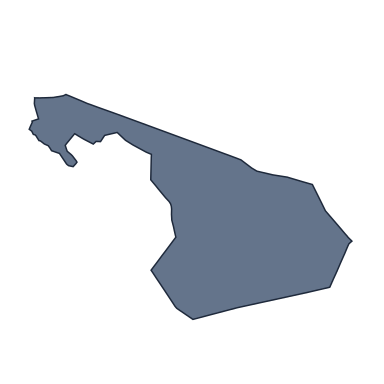 Reifi Khashm Elgirba, Kassala, Sudan, rotated 168°
{"feature_id": "16777658B57943425693206", "entity_name": "Reifi Khashm Elgirba", "entity_type": "district", "adm_level": 2, "iso_a3": "SDN", "parent_name": "Sudan", "parent_adm1": "Kassala", "projection": "albers", "projection_center": [35.198, 15.581], "detail": "fine", "context": "isolated", "style": "filled", "palette": "slate", "viewbox_px": 384, "rotation_deg": 168, "n_neighbors": 0, "source": "geoboundaries", "source_scale": "gbopen_adm2", "svg_char_len": 2852}
<svg xmlns="http://www.w3.org/2000/svg" viewBox="0 0 384 384"><g transform="rotate(168 192 192)"><path d="M77.1,70.2L77.0,70.3L76.9,70.4L76.9,70.5L76.5,70.9L76.5,71.0L76.4,71.1L76.2,71.4L76.1,71.5L75.9,71.8L75.8,72.0L75.6,72.2L75.2,72.7L75.1,72.9L75.0,73.1L74.9,73.2L74.7,73.4L74.6,73.6L74.4,73.8L74.1,74.3L73.7,74.9L73.3,75.4L73.1,75.6L72.9,75.9L72.8,76.1L72.7,76.2L72.1,77.1L71.2,78.3L70.2,79.6L69.8,80.2L69.4,80.7L68.9,81.4L68.7,81.6L67.7,83.0L67.1,83.9L66.9,84.0L65.7,85.8L64.6,87.3L63.2,89.3L61.8,91.3L56.5,98.6L55.6,99.8L51.1,106.3L49.3,108.7L46.2,110.5L45.8,110.7L48.7,115.1L49.1,115.9L49.3,116.4L50.9,119.2L52.8,122.7L53.3,123.7L60.9,137.6L65.4,145.8L68.1,156.5L72.7,174.3L81.2,178.8L94.8,186.2L95.4,186.6L109.5,192.0L124.2,198.9L128.6,203.0L137.4,213.2L137.7,213.5L137.9,213.6L138.0,213.6L138.8,214.1L140.9,215.5L142.6,216.6L143.1,216.9L148.9,220.6L151.8,222.4L164.3,230.3L184.1,242.8L219.5,265.1L241.6,279.0L253.6,286.5L254.1,286.8L266.6,294.5L267.7,295.2L269.3,296.2L273.1,298.6L275.8,300.2L281.0,303.9L283.9,305.9L287.8,308.6L291.7,311.3L294.7,313.3L295.0,313.6L297.9,312.9L301.1,313.0L301.9,313.0L305.1,313.2L308.1,313.3L309.7,313.6L310.8,313.8L314.3,314.4L317.1,314.9L318.5,315.2L320.4,315.5L321.5,315.7L323.7,316.2L324.2,316.3L325.4,316.6L325.7,316.6L326.1,316.7L326.3,316.8L326.3,316.7L326.6,315.7L327.4,312.8L327.8,311.4L327.9,309.5L327.7,306.5L327.6,304.7L326.9,295.4L333.8,294.6L333.7,293.5L335.6,290.9L336.6,289.5L337.1,288.8L337.2,288.6L337.4,288.3L337.6,288.0L338.0,287.5L338.2,287.2L336.1,284.8L336.1,284.7L335.2,281.3L334.5,281.0L333.4,280.3L333.3,280.1L333.0,279.6L332.4,278.0L332.3,277.6L332.1,277.1L331.0,274.1L329.8,273.6L329.5,273.3L327.8,271.3L327.4,270.8L326.5,269.7L325.8,269.2L322.9,267.1L322.7,266.5L321.7,264.2L320.8,261.6L318.8,260.4L317.5,259.6L317.3,259.5L315.5,258.4L313.6,257.3L313.3,256.5L312.5,254.5L310.9,250.5L309.1,246.0L308.8,245.3L308.0,244.3L307.2,243.4L303.0,241.5L299.5,244.0L298.7,244.8L298.3,245.1L298.8,246.6L301.4,252.1L302.4,253.7L305.6,257.8L305.9,260.1L306.3,264.0L304.7,265.4L294.7,273.4L294.1,272.9L293.9,272.8L293.9,272.7L292.8,271.7L292.0,270.9L289.8,268.9L288.9,268.0L288.3,267.5L286.9,266.2L278.6,259.4L275.3,261.4L271.0,260.3L265.7,265.5L263.4,265.6L258.9,265.7L257.7,265.7L252.8,265.8L246.3,256.4L240.0,250.3L228.5,240.5L223.9,237.3L224.2,235.9L224.6,234.5L229.8,212.5L226.3,205.9L224.2,201.7L219.0,191.8L216.4,187.5L215.4,184.8L215.2,182.3L215.5,179.5L216.8,174.0L216.9,173.1L217.3,170.5L217.6,168.8L217.5,166.4L217.3,162.1L217.3,156.9L217.2,151.1L218.3,150.2L229.7,140.2L234.7,135.9L242.3,129.2L243.6,128.1L248.3,124.0L247.7,122.6L246.9,120.6L244.8,115.2L242.3,109.0L240.8,105.2L239.4,101.7L233.7,87.2L232.4,83.8L231.5,82.1L231.1,81.5L231.1,81.4L228.2,78.3L227.5,77.6L223.5,73.4L217.6,67.2L172.0,69.4L98.4,69.8L77.1,70.2Z" fill="#64748b" stroke="#1e293b" stroke-width="1.5"/></g></svg>